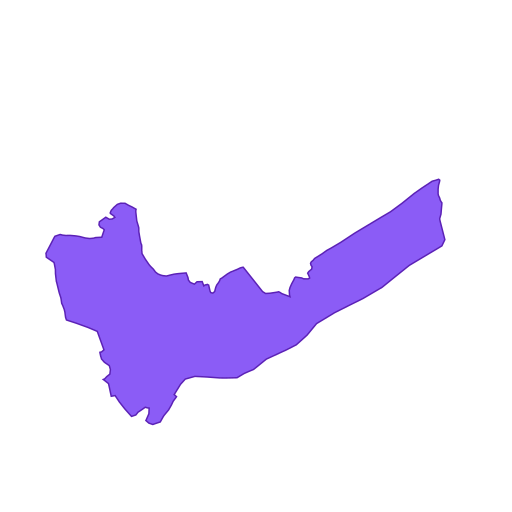 Biyalu, Kafr ash Shaykh, Egypt, rotated 64°
{"feature_id": "37247803B81724678096325", "entity_name": "Biyalu", "entity_type": "district", "adm_level": 2, "iso_a3": "EGY", "parent_name": "Egypt", "parent_adm1": "Kafr ash Shaykh", "projection": "albers", "projection_center": [31.181, 31.319], "detail": "fine", "context": "isolated", "style": "filled", "palette": "violet", "viewbox_px": 512, "rotation_deg": 64, "n_neighbors": 0, "source": "geoboundaries", "source_scale": "gbopen_adm2", "svg_char_len": 3706}
<svg xmlns="http://www.w3.org/2000/svg" viewBox="0 0 512 512"><g transform="rotate(64 256 256)"><path d="M161.4,343.3L157.6,345.9L154.6,348.3L151.2,350.6L150.2,352.6L149.2,354.6L148.8,358.0L150.1,362.7L150.8,364.1L151.4,365.8L152.1,366.8L153.4,368.2L154.0,368.2L156.4,366.9L157.7,366.2L159.4,365.9L159.7,369.0L158.7,371.7L155.3,374.0L156.6,381.8L159.2,383.5L161.9,383.2L162.9,382.5L164.2,381.5L165.9,380.9L171.5,386.4L169.1,392.1L168.8,394.1L167.4,397.8L165.0,401.5L162.7,404.2L161.3,405.8L159.4,408.5L158.3,410.2L155.9,414.2L154.2,417.9L152.5,420.6L150.8,422.6L150.1,428.0L150.6,428.8L151.2,429.7L153.6,432.9L161.5,443.6L161.8,443.7L163.0,444.1L165.1,445.0L166.2,444.4L172.7,440.7L173.2,440.4L174.7,440.7L180.2,442.2L180.6,442.4L184.0,444.0L191.4,446.6L192.3,446.7L201.9,448.8L203.5,449.1L207.9,449.7L209.0,450.0L209.7,450.2L213.4,451.4L213.9,451.4L215.6,451.4L220.2,451.8L220.9,452.0L222.8,452.4L223.9,452.8L226.3,453.6L227.9,454.1L230.4,454.4L231.4,453.4L237.6,447.0L244.1,440.7L246.8,438.1L251.4,434.1L254.2,431.7L273.7,433.8L274.5,436.9L274.2,438.1L274.1,438.5L274.7,438.7L278.3,439.6L279.5,439.7L279.9,439.8L280.8,440.0L284.1,439.1L284.9,438.9L286.4,438.1L286.9,437.8L289.7,436.2L290.1,435.9L294.1,436.6L294.5,436.8L297.3,438.6L298.1,439.1L299.0,443.1L300.1,445.9L300.0,447.4L306.0,444.5L309.0,445.2L318.6,447.6L319.7,443.8L326.4,442.9L327.3,442.8L334.2,441.3L336.4,440.8L345.6,438.2L346.2,433.7L345.0,431.2L344.7,430.7L344.2,427.0L343.4,421.8L344.8,420.3L345.9,418.7L346.2,418.9L350.8,421.4L355.4,426.8L355.6,427.1L358.9,425.7L359.2,425.6L361.9,422.9L362.2,422.6L362.5,419.9L363.2,414.8L361.8,412.8L359.8,409.9L359.0,408.6L356.0,402.0L352.8,397.3L350.3,394.2L347.6,389.1L344.7,390.3L338.5,380.5L338.2,380.0L335.6,373.5L337.4,363.7L341.2,356.8L343.3,353.0L347.4,346.0L349.7,342.0L352.0,337.5L357.1,326.4L356.5,319.4L356.4,318.1L356.6,313.0L356.9,307.9L355.7,302.6L353.2,291.9L353.6,273.2L353.7,270.8L353.5,260.1L353.5,258.8L349.5,244.8L343.3,231.2L341.7,213.3L341.4,210.3L341.2,194.1L341.1,179.6L341.1,178.5L339.4,156.4L336.3,143.0L331.7,122.7L331.6,122.1L329.6,98.6L329.0,91.2L328.4,84.5L324.1,79.1L305.7,75.3L303.9,74.9L302.6,74.3L301.7,73.4L300.0,71.9L299.6,71.5L294.1,68.2L293.6,67.9L291.0,66.3L289.7,65.6L288.0,65.9L286.4,65.9L284.4,65.5L281.7,65.5L280.0,65.1L275.7,63.0L272.4,60.9L269.7,58.5L268.4,57.6L267.1,58.2L266.7,61.2L266.0,64.9L267.6,76.8L269.1,86.2L272.6,101.5L275.2,115.7L275.9,124.5L276.0,125.9L278.7,157.0L280.9,174.0L281.8,185.1L282.0,189.9L283.0,195.6L283.9,204.4L284.9,206.5L285.5,208.9L286.5,210.2L288.5,210.6L290.2,210.3L292.2,211.7L293.1,215.4L294.1,217.1L296.1,217.1L298.4,217.2L299.4,217.5L299.4,219.2L298.4,221.2L297.4,223.2L295.7,224.6L293.7,227.6L292.3,229.6L292.6,230.9L293.9,232.3L296.6,236.1L299.2,239.2L301.5,241.2L305.8,243.0L307.5,243.3L301.1,249.3L299.4,250.3L298.1,251.3L297.7,253.0L295.6,259.7L294.1,263.3L293.9,263.8L290.9,265.7L275.4,269.1L260.5,272.4L260.2,273.2L259.8,275.4L259.8,276.4L259.8,278.5L259.3,285.9L259.6,289.6L260.9,296.7L260.9,298.1L262.5,299.8L263.8,301.9L264.8,303.9L266.5,305.9L269.8,308.7L270.2,310.1L270.4,311.1L269.1,312.7L268.7,312.7L267.4,312.7L266.1,312.4L261.4,311.3L260.1,312.3L260.1,313.3L259.7,314.3L260.0,316.0L255.4,315.6L253.3,320.3L254.3,323.7L250.9,326.7L247.9,327.3L245.6,326.6L240.6,326.2L238.9,330.6L237.5,334.3L236.4,337.6L235.4,342.0L235.2,343.1L234.7,345.4L233.3,347.5L233.0,348.1L231.3,350.1L229.0,352.1L226.3,353.4L222.9,354.0L219.2,355.3L216.9,355.9L210.2,356.9L203.9,357.4L201.9,356.6L201.2,356.4L196.9,354.3L195.6,353.9L194.2,353.9L191.6,353.2L186.6,351.8L185.3,351.4L182.9,350.7L179.3,349.0L177.3,348.6L172.3,347.8L163.6,344.7L161.6,343.6L161.4,343.3Z" fill="#8b5cf6" stroke="#5b21b6" stroke-width="1.5"/></g></svg>